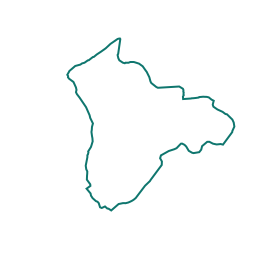 Santa Rosa de Lima, Santa Rosa, Guatemala (Albers equal-area conic projection), rotated 42°
{"feature_id": "79465075B80857552483649", "entity_name": "Santa Rosa de Lima", "entity_type": "district", "adm_level": 2, "iso_a3": "GTM", "parent_name": "Guatemala", "parent_adm1": "Santa Rosa", "projection": "albers", "projection_center": [-90.338, 14.435], "detail": "fine", "context": "isolated", "style": "outline", "palette": "teal", "viewbox_px": 256, "rotation_deg": 42, "n_neighbors": 0, "source": "geoboundaries", "source_scale": "gbopen_adm2", "svg_char_len": 1941}
<svg xmlns="http://www.w3.org/2000/svg" viewBox="0 0 256 256"><g transform="rotate(42 128 128)"><path d="M47.3,129.1L48.8,129.5L49.5,130.5L51.3,130.8L56.7,130.3L62.2,132.7L64.3,134.2L64.8,135.2L65.4,136.2L67.3,137.0L71.6,137.8L82.9,140.6L90.9,144.2L93.2,145.8L98.9,148.1L100.5,151.3L102.4,153.7L102.7,154.2L103.5,155.4L106.8,158.2L108.4,159.4L110.7,161.6L112.5,165.4L113.2,167.0L114.1,172.1L114.9,172.6L115.9,174.5L116.0,175.4L117.3,176.8L121.8,184.3L124.6,186.6L126.8,187.5L128.4,189.4L129.5,190.9L132.0,193.9L137.6,195.1L138.8,196.2L137.8,200.8L144.0,201.7L145.7,203.0L148.6,203.8L153.1,203.8L154.7,203.2L156.5,203.4L160.3,205.6L162.0,205.0L163.4,201.7L166.5,201.7L167.5,201.0L170.7,200.5L171.9,190.8L174.6,187.1L176.5,185.5L178.0,183.3L178.8,181.6L179.6,179.6L180.2,177.6L180.6,174.9L179.3,159.5L179.8,152.8L179.5,151.1L177.8,132.9L175.6,130.2L172.1,129.0L170.8,126.3L171.3,124.9L173.7,117.8L176.6,112.8L177.6,110.5L177.8,104.3L178.6,103.4L181.2,102.7L183.6,102.8L188.4,104.3L192.2,103.5L193.5,102.8L197.1,98.3L196.9,95.1L195.2,91.9L196.1,85.3L197.7,83.8L201.6,82.8L204.4,81.2L205.0,80.8L207.6,77.9L209.7,76.8L208.2,61.3L207.6,60.5L206.1,55.8L202.9,53.2L199.9,51.9L192.3,51.6L191.1,52.4L187.5,52.7L182.0,54.4L177.2,55.0L175.4,54.0L174.3,52.0L173.5,50.4L172.6,50.6L171.1,51.0L167.5,51.2L165.7,52.2L162.9,54.5L160.2,57.4L160.2,58.0L158.3,60.3L156.4,62.4L155.5,63.2L155.2,63.8L149.6,69.6L147.8,67.9L147.4,66.2L146.7,65.9L145.5,64.2L144.9,64.1L143.8,62.7L142.5,62.1L138.3,62.9L124.6,76.8L123.3,78.1L121.6,78.6L115.3,79.0L113.6,78.4L109.9,76.0L104.4,73.8L102.8,73.5L97.6,72.3L93.1,72.8L88.7,74.8L88.0,75.2L85.5,77.5L84.7,79.2L82.5,81.1L82.3,82.0L80.5,82.9L76.3,83.5L74.1,82.6L71.4,80.7L71.1,79.5L62.8,67.1L62.1,66.9L61.4,67.7L60.7,68.8L58.7,77.1L58.1,83.8L56.8,89.6L55.6,94.2L55.0,98.1L54.4,98.8L53.5,103.9L52.9,104.6L52.0,108.6L50.6,110.8L50.2,112.7L47.3,117.2L46.3,124.7L47.3,129.1Z" fill="none" stroke="#0f766e" stroke-width="2"/></g></svg>